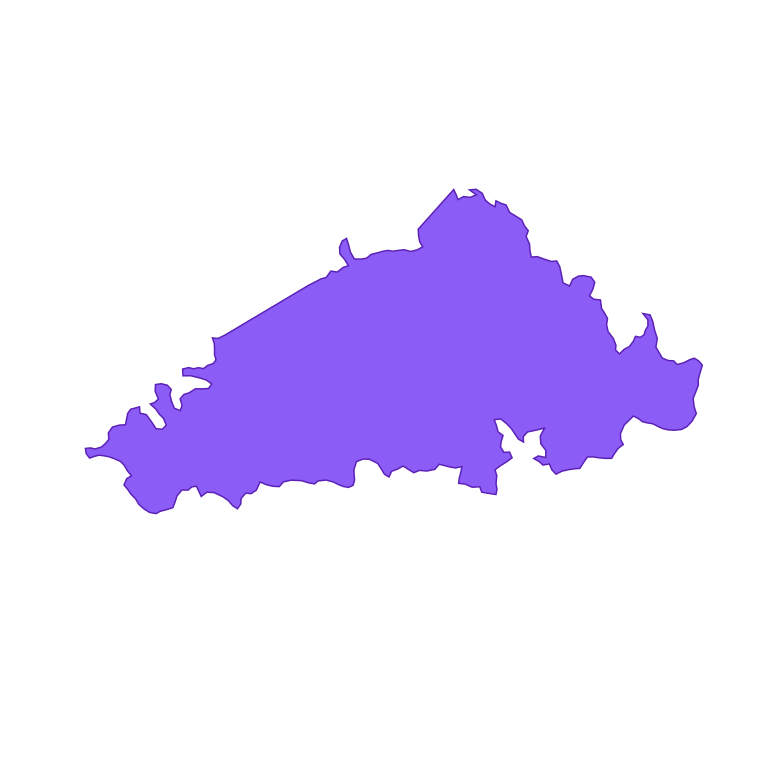 the district of Ponte Alta do Norte, Santa Catarina, Brazil, rotated 338°
{"feature_id": "56859067B74715517564167", "entity_name": "Ponte Alta do Norte", "entity_type": "district", "adm_level": 2, "iso_a3": "BRA", "parent_name": "Brazil", "parent_adm1": "Santa Catarina", "projection": "mercator", "projection_center": [-50.427, -27.181], "detail": "fine", "context": "isolated", "style": "filled", "palette": "violet", "viewbox_px": 768, "rotation_deg": 338, "n_neighbors": 0, "source": "geoboundaries", "source_scale": "gbopen_adm2", "svg_char_len": 4110}
<svg xmlns="http://www.w3.org/2000/svg" viewBox="0 0 768 768"><g transform="rotate(338 384 384)"><path d="M282.2,450.6L286.6,449.2L294.4,451.4L300.3,455.9L304.1,460.2L308.0,463.9L312.4,466.6L317.4,466.4L320.8,462.0L322.3,456.9L324.2,451.9L329.4,445.7L336.3,445.7L342.2,448.2L348.4,455.3L349.8,462.5L350.6,467.8L353.8,472.1L358.3,467.8L364.9,468.0L371.0,467.2L374.7,472.4L378.4,477.4L384.6,477.4L391.0,480.7L399.1,482.2L405.2,479.1L409.4,482.2L413.8,485.5L419.0,488.7L425.2,489.7L422.5,494.1L418.3,499.8L416.0,504.1L421.8,507.3L427.0,512.7L434.3,515.2L434.1,520.9L439.4,524.2L446.4,528.4L449.3,524.0L450.6,518.2L454.2,511.3L454.8,505.1L461.4,503.4L468.5,502.1L475.1,500.4L474.9,494.1L469.6,492.4L468.5,486.0L471.0,481.4L475.1,476.3L471.8,471.0L472.7,464.8L472.9,458.3L479.2,460.2L482.8,466.7L485.3,472.8L486.7,479.5L488.0,485.5L491.6,490.1L493.4,485.0L499.1,482.2L507.9,483.8L516.3,485.0L509.4,490.8L507.0,498.2L509.2,506.3L506.4,512.7L500.1,508.5L494.9,509.2L498.8,514.0L501.0,518.7L507.4,520.1L507.5,526.5L509.7,532.0L516.3,531.5L522.7,532.5L527.9,533.7L534.0,535.6L539.7,531.5L545.2,527.9L550.2,529.7L555.6,532.9L561.4,535.9L567.2,538.2L571.4,535.0L576.9,531.5L583.2,529.7L582.6,524.2L584.8,518.4L591.4,512.0L597.3,509.6L603.2,507.1L606.9,511.3L609.6,515.9L613.6,518.7L618.2,521.5L622.2,526.0L625.6,529.7L630.2,532.9L636.0,535.7L642.8,537.6L648.8,537.0L655.7,533.9L662.5,528.4L663.1,521.0L665.2,513.2L670.6,507.6L675.1,502.7L676.8,497.9L680.7,492.7L686.2,485.8L684.4,480.4L681.3,476.3L676.6,476.0L670.0,476.6L663.2,475.8L661.3,471.1L656.2,468.6L651.7,464.1L651.0,458.8L649.9,451.7L654.4,444.2L655.1,435.4L656.6,427.0L656.6,419.6L650.5,415.7L652.7,423.3L650.5,429.0L646.5,432.1L643.4,435.9L639.1,436.7L635.0,434.0L631.2,437.8L625.5,441.2L619.7,441.8L613.7,444.3L611.4,439.3L613.6,434.8L613.7,427.6L611.4,419.4L612.6,412.4L615.8,406.9L615.0,400.5L614.0,395.5L616.2,387.2L610.1,383.9L607.6,379.2L613.3,374.2L617.5,368.7L616.1,362.6L609.5,358.2L604.7,356.8L598.2,357.6L592.8,362.6L587.9,357.3L589.7,348.0L590.9,341.0L590.2,334.6L585.3,333.2L580.3,329.1L573.8,323.3L568.2,321.6L569.2,315.3L571.4,308.6L571.0,300.5L575.2,295.9L573.5,290.1L573.2,283.4L569.4,278.2L564.7,271.8L564.3,263.8L560.1,260.2L556.4,256.1L553.4,261.3L549.6,256.9L546.8,251.4L546.5,244.0L542.4,238.0L536.0,236.1L540.5,243.1L534.0,243.3L527.9,240.0L521.7,240.8L521.8,235.3L521.5,229.8L473.7,253.3L471.5,259.9L470.4,265.4L471.3,271.3L464.9,272.1L458.2,271.0L453.1,267.1L447.3,265.5L441.7,264.1L437.7,261.6L433.1,260.6L427.0,259.9L420.5,259.0L415.1,260.8L409.7,259.7L403.3,256.9L402.3,248.9L403.3,241.5L403.8,235.0L398.9,235.7L394.0,240.6L391.8,247.0L394.2,253.9L395.2,261.0L389.9,260.6L382.6,262.7L377.0,259.4L370.3,263.6L365.1,262.9L350.6,264.3L254.6,279.1L247.2,279.6L242.2,277.0L241.8,282.9L240.1,287.9L237.9,293.1L237.3,298.7L233.2,301.1L227.4,300.7L222.4,302.1L217.9,299.3L213.2,298.6L209.0,295.6L202.9,294.7L200.7,301.1L207.8,303.9L215.5,309.4L220.6,313.6L224.3,319.4L219.6,322.4L213.9,320.5L207.3,317.8L199.9,319.2L194.7,318.7L189.4,321.4L188.8,328.2L185.1,332.3L180.5,327.9L180.5,320.5L181.5,313.6L184.7,309.4L182.6,303.9L177.6,300.3L171.9,298.9L169.1,305.0L169.2,313.4L164.5,315.2L159.8,315.0L163.0,321.7L164.4,328.0L166.7,333.3L166.7,340.6L161.5,342.9L155.9,340.1L154.3,331.9L152.1,323.3L146.8,319.6L148.8,313.6L139.7,312.5L135.4,315.2L132.3,319.9L129.0,325.0L123.4,323.0L116.0,322.2L110.1,326.1L108.1,332.3L103.9,334.6L98.5,336.6L91.8,336.0L87.9,333.3L83.0,331.9L81.8,337.1L83.3,342.4L88.3,342.6L93.0,343.2L97.5,345.7L101.7,348.4L106.2,352.4L110.6,357.0L112.7,362.0L113.6,368.5L115.5,374.5L110.1,375.3L105.1,380.2L106.9,385.8L108.1,391.3L110.6,397.2L111.6,403.8L114.7,409.9L118.5,415.2L124.1,418.8L128.7,418.2L135.0,419.0L141.9,419.6L145.8,415.4L150.2,410.2L156.8,406.6L162.7,409.0L167.2,407.4L171.8,408.5L172.1,413.8L172.4,419.8L179.2,418.0L185.7,421.0L192.3,428.1L196.0,433.9L198.2,440.3L201.4,444.8L206.3,441.5L208.7,436.5L215.0,433.4L219.7,435.9L226.0,434.5L232.4,428.4L237.1,433.2L242.8,437.3L248.5,439.9L254.1,437.1L262.0,438.4L271.4,442.8L277.2,447.5L282.2,450.6Z" fill="#8b5cf6" stroke="#5b21b6" stroke-width="1.5"/></g></svg>